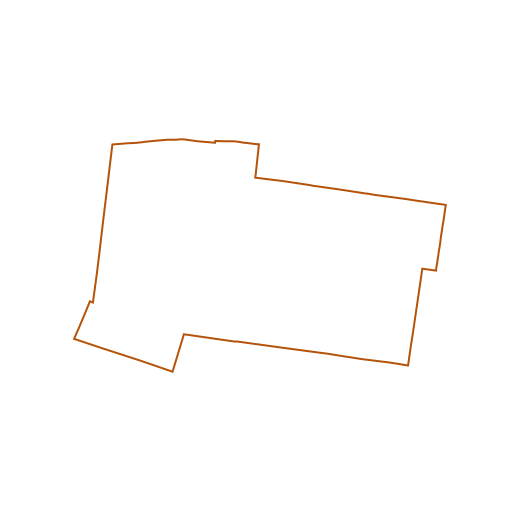 the district of Cocora, Ialomita, Romania, rotated 256°
{"feature_id": "2599482B22820345883156", "entity_name": "Cocora", "entity_type": "district", "adm_level": 2, "iso_a3": "ROU", "parent_name": "Romania", "parent_adm1": "Ialomita", "projection": "orthographic", "projection_center": [27.071, 44.753], "detail": "fine", "context": "isolated", "style": "outline", "palette": "amber", "viewbox_px": 512, "rotation_deg": 256, "n_neighbors": 0, "source": "geoboundaries", "source_scale": "gbopen_adm2", "svg_char_len": 2256}
<svg xmlns="http://www.w3.org/2000/svg" viewBox="0 0 512 512"><g transform="rotate(256 256 256)"><path d="M245.2,446.6L259.7,452.5L261.3,448.5L263.0,444.3L263.1,444.1L267.1,434.3L267.8,432.6L268.5,431.0L269.6,428.1L270.8,425.3L270.9,425.0L274.7,416.0L282.0,397.6L286.6,385.9L289.8,378.7L289.7,378.5L300.8,352.0L301.0,351.5L310.9,327.0L311.3,326.5L322.6,299.2L332.2,274.2L335.1,275.4L335.4,275.5L363.7,285.9L363.9,285.2L364.2,284.2L364.4,283.7L365.8,279.8L367.1,276.5L368.6,272.4L368.9,271.5L370.5,267.9L371.4,265.7L372.3,263.3L373.0,261.0L374.2,256.2L374.4,255.3L374.8,253.9L375.3,251.8L375.6,250.9L375.8,250.1L376.1,249.3L376.1,249.0L376.4,248.2L377.5,244.3L375.8,243.7L380.7,229.3L381.4,227.3L381.6,226.7L382.0,225.7L383.1,223.0L383.5,222.1L383.9,221.0L384.2,220.2L384.4,219.7L384.9,218.6L385.6,216.9L386.1,215.5L386.2,215.4L386.3,215.1L386.6,214.0L386.8,213.4L387.2,212.2L387.3,211.8L387.5,210.9L387.6,210.6L387.7,209.5L387.8,209.0L387.9,207.8L388.3,206.1L388.6,204.7L388.7,204.4L388.7,204.1L388.9,203.6L389.2,202.4L389.5,201.3L389.7,200.3L390.3,198.0L390.4,197.2L390.7,195.4L391.0,193.3L391.9,188.0L393.7,175.7L393.8,174.2L394.2,171.4L394.7,167.5L395.3,164.4L396.4,158.9L397.2,154.3L397.6,151.5L398.0,149.2L398.3,147.6L398.7,145.1L398.9,143.9L399.0,143.7L398.9,143.6L398.3,143.4L385.3,138.4L372.4,133.5L342.0,121.9L330.8,117.6L327.1,116.2L292.7,103.2L282.1,99.1L273.3,95.7L266.9,93.1L265.6,92.6L265.0,92.4L261.1,90.8L254.3,88.1L250.3,86.5L252.2,83.9L245.5,79.0L238.9,74.1L237.4,73.0L231.3,68.4L230.5,67.8L229.6,67.2L225.1,63.6L223.6,62.5L220.3,60.0L219.5,59.5L218.5,61.2L203.1,85.4L197.7,94.1L183.0,117.6L173.5,132.3L163.9,147.0L178.4,155.7L182.4,158.1L189.9,162.6L197.5,167.1L189.6,186.5L178.0,214.9L177.9,216.2L166.8,244.0L158.6,264.5L145.9,296.6L144.4,300.6L136.3,319.6L134.6,323.7L130.3,333.9L121.0,358.1L120.3,359.9L116.2,369.6L113.4,376.0L113.0,377.0L113.3,377.1L113.5,377.2L113.5,377.3L114.2,377.5L114.8,377.8L116.3,378.4L132.5,385.0L142.1,389.1L203.4,414.3L198.3,427.2L199.1,427.4L202.3,428.7L204.8,429.8L206.7,430.6L208.7,431.4L210.9,432.4L214.2,433.7L215.6,434.2L219.6,436.0L222.0,437.0L223.7,437.7L224.9,438.2L228.9,439.7L232.8,441.3L237.0,443.1L240.7,444.6L242.2,445.3L245.2,446.6Z" fill="none" stroke="#b45309" stroke-width="2"/></g></svg>